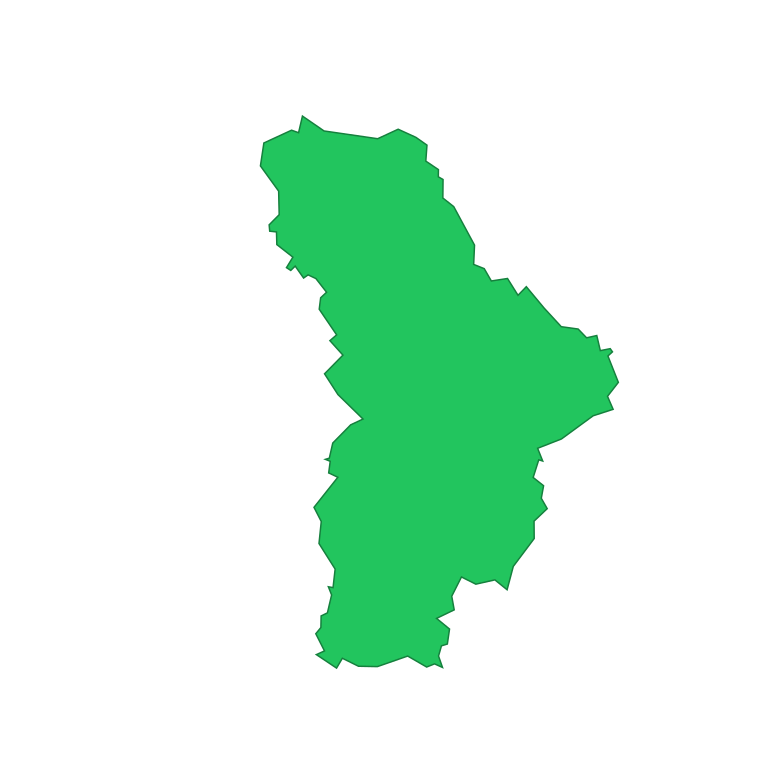 Mogila, Mogila, North Macedonia, rotated 236°
{"feature_id": "65306769B16932285740052", "entity_name": "Mogila", "entity_type": "district", "adm_level": 2, "iso_a3": "MKD", "parent_name": "North Macedonia", "parent_adm1": "Mogila", "projection": "natural_earth1", "projection_center": [21.425, 41.178], "detail": "fine", "context": "isolated", "style": "filled", "palette": "green", "viewbox_px": 768, "rotation_deg": 236, "n_neighbors": 0, "source": "geoboundaries", "source_scale": "gbopen_adm2", "svg_char_len": 1479}
<svg xmlns="http://www.w3.org/2000/svg" viewBox="0 0 768 768"><g transform="rotate(236 384 384)"><path d="M357.4,559.2L385.1,556.4L382.6,544.7L402.4,545.4L409.4,530.6L423.6,531.6L433.0,525.2L448.5,536.7L492.0,541.0L505.3,536.8L520.5,547.3L525.4,544.9L531.3,549.0L545.4,543.3L558.0,553.2L570.6,548.4L587.3,538.2L590.9,515.9L627.3,475.8L651.7,466.2L640.1,453.7L646.1,449.3L651.0,419.2L633.9,403.5L602.8,404.5L583.0,391.8L580.2,377.8L574.6,374.7L570.2,379.9L559.5,373.1L540.1,379.4L535.0,368.2L530.3,370.2L531.4,376.3L516.8,376.6L516.9,382.1L509.5,386.5L492.2,387.7L490.9,379.7L482.2,372.1L451.2,372.2L450.2,363.4L430.9,366.1L425.7,340.4L401.0,339.9L366.7,347.0L368.8,333.6L363.7,308.5L353.1,297.2L354.3,293.3L350.0,296.2L341.2,288.4L332.5,293.6L320.9,257.0L305.1,255.1L288.1,240.9L257.9,240.0L243.7,227.9L247.0,224.5L238.4,222.6L225.9,209.1L226.9,202.2L217.4,195.5L215.1,187.8L196.0,185.4L197.5,176.6L175.0,185.8L179.9,196.1L164.3,205.0L153.4,220.5L145.2,251.5L125.5,261.1L123.7,269.4L116.3,274.0L128.0,277.1L134.8,285.2L133.0,291.1L144.2,301.3L160.3,296.5L157.5,315.9L170.2,321.5L180.7,340.3L166.7,348.2L159.6,366.4L144.6,371.0L160.5,389.2L171.9,422.1L186.4,431.7L189.4,449.6L201.3,450.5L210.4,459.4L223.1,455.4L234.6,469.9L231.4,472.5L244.8,475.4L239.2,500.4L240.7,539.6L234.9,559.8L248.8,562.4L254.3,579.2L282.0,585.3L282.9,591.4L286.8,591.3L290.7,582.0L305.2,587.5L309.0,577.8L321.0,575.7L332.4,563.0L357.4,559.2Z" fill="#22c55e" stroke="#15803d" stroke-width="1.5"/></g></svg>